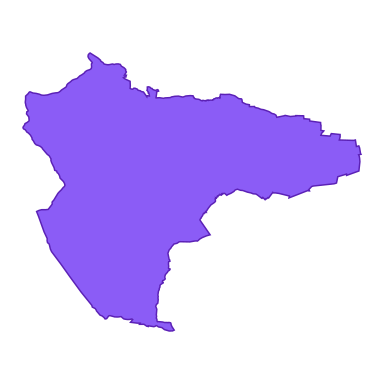 outline of Joseni, Harghita, Romania
{"feature_id": "2599482B15919593836564", "entity_name": "Joseni", "entity_type": "district", "adm_level": 2, "iso_a3": "ROU", "parent_name": "Romania", "parent_adm1": "Harghita", "projection": "robinson", "projection_center": [25.38, 46.684], "detail": "fine", "context": "isolated", "style": "filled", "palette": "violet", "viewbox_px": 384, "rotation_deg": 0, "n_neighbors": 0, "source": "geoboundaries", "source_scale": "gbopen_adm2", "svg_char_len": 5843}
<svg xmlns="http://www.w3.org/2000/svg" viewBox="0 0 384 384"><path d="M174.2,330.1L172.0,326.7L171.2,324.9L170.9,323.3L170.6,322.8L169.4,322.5L168.3,322.5L168.0,322.7L167.3,322.5L164.5,322.5L162.6,322.0L158.2,321.6L157.4,321.7L157.0,321.0L156.9,319.3L156.3,318.1L156.6,316.3L156.3,314.8L156.4,314.1L156.8,309.2L155.7,306.3L156.4,304.5L157.8,303.2L158.2,299.8L158.0,297.8L158.2,296.5L157.9,295.0L158.5,291.0L159.2,289.8L159.3,288.5L160.0,286.9L159.9,285.8L160.4,284.7L163.2,282.9L163.2,282.5L162.3,282.1L162.7,280.6L163.5,280.4L164.9,279.4L165.2,278.8L164.8,277.5L164.8,276.7L165.4,274.6L167.5,272.2L167.9,271.3L169.6,270.1L170.1,269.1L169.9,268.8L168.9,268.8L168.6,268.5L168.5,268.0L168.7,266.1L168.5,264.6L168.5,262.3L168.7,261.6L169.9,261.3L169.7,259.9L169.1,259.3L167.9,253.3L169.2,249.9L170.8,248.2L171.5,246.9L174.0,244.0L177.0,243.3L179.1,241.9L180.1,241.7L189.8,241.9L194.9,241.0L196.5,240.9L197.2,241.1L198.1,240.6L199.7,239.1L202.2,237.6L206.6,235.8L210.1,234.8L200.9,221.5L200.0,220.1L200.0,219.4L201.0,218.2L201.3,217.8L201.2,217.5L202.6,215.6L203.2,214.0L203.7,213.5L203.9,213.5L203.8,213.3L204.8,212.8L204.9,212.6L205.2,212.7L205.5,212.4L205.9,212.4L205.7,212.2L206.0,212.1L205.8,211.4L206.4,211.2L208.3,208.2L210.9,204.9L214.1,202.7L215.1,201.8L215.5,201.1L215.2,199.0L215.3,198.5L216.2,198.4L215.9,197.8L216.2,197.9L216.5,197.3L217.4,197.0L217.3,196.8L217.6,196.4L217.4,196.3L217.5,195.9L218.4,196.0L218.9,195.1L219.7,195.0L219.9,194.6L220.1,194.9L220.6,194.7L220.7,195.0L221.4,195.1L221.4,194.7L221.9,194.4L221.9,194.1L222.2,194.3L222.7,194.1L222.6,193.5L224.7,193.4L226.8,195.3L227.8,194.6L230.9,193.3L234.0,191.4L234.7,190.4L235.5,189.8L237.5,189.2L240.5,190.3L242.8,190.5L247.3,192.1L251.2,193.0L253.1,193.8L255.8,194.0L257.2,194.8L261.9,198.4L262.1,198.4L262.6,197.4L262.8,197.4L265.1,199.7L265.9,198.7L266.5,198.9L267.9,197.6L268.6,198.0L272.8,192.4L273.2,192.9L275.3,192.9L278.9,193.4L289.4,196.0L289.0,197.9L307.4,190.7L309.5,190.9L309.3,190.3L308.6,189.8L311.7,186.5L313.4,186.0L334.0,183.8L335.8,183.3L336.5,183.0L337.8,176.7L346.5,174.1L346.6,175.4L358.9,171.0L359.9,161.7L359.6,158.1L359.2,156.0L358.6,154.8L361.0,154.3L360.5,153.3L359.6,147.9L358.8,145.9L356.4,146.5L355.4,140.0L353.5,140.4L339.3,140.0L340.1,137.0L340.1,134.5L331.3,133.6L330.1,136.1L320.9,135.3L321.6,133.3L323.1,131.8L323.8,130.9L320.9,130.4L321.0,125.1L320.7,124.7L320.6,122.5L309.7,121.0L309.6,119.2L303.9,118.7L303.6,115.8L295.8,115.6L295.8,116.0L290.4,116.5L285.1,115.4L285.0,115.6L276.8,117.3L276.0,115.2L274.4,114.1L271.5,113.3L270.7,112.6L268.8,111.5L263.6,109.7L260.9,109.3L258.1,108.1L255.1,107.5L254.5,106.5L249.4,106.6L249.4,104.7L246.0,104.1L242.4,102.4L241.9,99.5L241.5,98.9L238.7,98.6L234.8,95.8L229.6,94.3L225.1,94.5L220.5,94.3L220.4,94.4L220.1,96.3L219.6,97.1L219.8,97.3L220.0,97.2L220.1,97.5L219.7,97.6L219.7,98.1L218.9,97.8L218.0,97.8L217.5,98.2L216.9,97.9L215.9,98.0L215.0,98.6L214.0,98.8L213.7,99.0L213.6,99.6L213.2,99.6L213.0,99.8L212.6,99.8L212.5,100.2L210.4,100.1L208.7,100.4L208.6,100.1L208.1,100.4L207.2,100.0L206.6,100.6L206.3,100.5L205.8,100.9L205.4,100.6L204.5,100.7L202.9,100.3L202.5,100.8L202.1,100.8L200.7,100.4L199.8,99.7L198.7,99.3L196.0,99.0L194.9,98.6L193.9,97.8L194.0,97.4L193.5,97.1L193.3,96.2L193.0,95.8L190.2,95.6L185.8,96.0L183.4,96.9L182.5,97.0L178.4,96.1L174.8,96.3L171.6,96.9L170.2,97.6L165.0,97.9L163.5,98.3L159.5,97.7L156.5,97.9L156.0,97.8L156.7,92.8L156.5,91.8L158.6,91.1L158.2,90.0L157.2,89.6L156.3,90.2L154.9,90.3L152.5,89.3L152.1,88.5L150.9,88.2L149.8,87.1L148.3,86.8L147.3,87.0L147.3,89.7L146.9,90.2L148.3,92.0L148.1,92.0L148.3,93.2L149.2,94.0L149.4,96.0L147.2,95.7L146.9,96.9L143.5,92.0L141.3,91.5L140.2,90.7L138.1,90.3L137.4,89.2L135.0,88.2L133.8,88.2L132.7,89.2L131.5,89.1L130.1,88.4L130.3,85.8L130.1,81.3L125.3,79.1L123.4,77.7L124.8,76.8L125.8,77.1L126.4,75.2L124.4,75.1L126.4,72.0L125.7,70.8L125.7,69.4L124.0,67.7L121.4,66.2L120.3,64.4L118.2,63.9L115.9,64.0L114.0,64.5L113.1,64.1L112.4,64.0L108.9,64.7L107.2,64.7L104.2,64.1L102.9,62.5L100.9,61.3L100.5,60.2L98.0,58.0L90.1,53.0L89.3,53.5L88.3,54.7L88.0,56.2L88.2,57.2L89.0,58.7L92.2,62.4L92.2,62.8L91.4,64.0L91.6,67.0L91.3,68.4L90.5,69.2L89.6,69.7L87.1,70.5L85.3,71.6L84.2,73.1L81.5,75.0L79.9,75.8L77.1,78.5L73.2,79.7L71.8,80.5L70.7,81.6L67.8,83.7L66.8,85.0L66.4,86.5L65.8,87.2L61.5,90.0L60.3,91.2L58.8,92.3L57.6,92.7L55.3,92.9L52.2,93.4L47.5,94.9L44.0,95.3L41.6,95.1L39.4,94.2L36.2,93.4L32.9,93.0L30.3,91.9L29.7,91.9L29.0,92.4L28.3,93.5L25.6,96.1L25.6,99.3L25.3,101.8L25.3,103.0L25.6,103.7L25.8,105.3L26.5,107.5L28.2,110.6L27.9,111.2L26.8,111.8L26.5,113.9L28.8,116.9L29.1,120.0L29.1,120.6L28.8,121.1L27.2,122.4L25.0,123.6L24.5,125.0L23.2,126.9L23.0,127.6L23.2,128.3L23.6,128.9L25.3,129.8L27.0,132.2L28.4,133.0L30.4,135.1L31.9,137.7L32.2,139.5L33.2,140.6L34.8,143.5L36.3,144.9L38.4,145.5L40.3,146.4L42.0,147.8L42.6,148.9L47.2,154.3L49.2,155.8L51.0,158.9L50.9,160.4L51.2,161.4L51.6,162.6L54.1,167.7L54.7,170.3L56.7,171.1L57.1,172.6L58.3,173.5L59.5,175.7L60.1,178.2L63.5,181.6L64.5,183.5L64.9,185.1L64.8,185.7L64.3,186.6L63.2,187.5L61.3,189.9L59.4,191.7L57.9,193.4L53.8,200.1L52.2,201.9L52.1,202.5L52.2,203.7L52.1,204.3L48.2,209.4L45.7,209.7L41.6,209.7L39.0,210.4L36.6,211.5L38.7,216.8L44.1,231.9L47.2,238.5L47.1,240.7L47.5,242.6L49.2,244.1L50.4,249.1L51.6,251.7L60.6,263.7L70.3,277.3L81.2,292.2L91.8,305.3L92.3,307.1L95.1,308.5L96.1,309.8L96.4,310.8L100.0,315.1L102.2,316.0L104.2,317.7L105.0,318.9L105.9,318.9L106.8,318.5L108.6,316.0L109.4,315.7L110.3,315.7L114.7,316.9L117.8,317.0L121.1,316.6L123.6,318.8L125.1,319.2L127.3,319.5L129.1,319.5L131.9,319.0L132.7,319.6L130.5,322.3L137.0,323.1L140.1,323.2L139.5,324.3L144.0,324.3L146.7,326.2L148.3,326.5L148.3,325.8L153.9,326.7L155.1,326.3L156.1,325.6L157.0,325.9L158.4,326.9L161.9,327.6L164.4,329.6L169.2,331.0L172.6,330.9L174.2,330.1Z" fill="#8b5cf6" stroke="#5b21b6" stroke-width="1.5"/></svg>